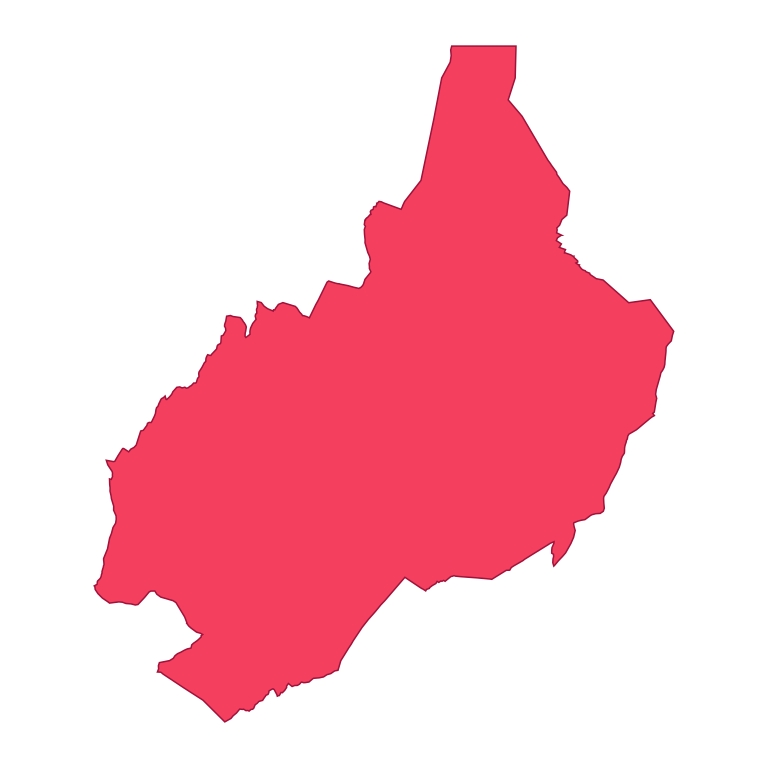 the district of Atlatlahucan, Morelos, Mexico
{"feature_id": "50627088B89977310862444", "entity_name": "Atlatlahucan", "entity_type": "district", "adm_level": 2, "iso_a3": "MEX", "parent_name": "Mexico", "parent_adm1": "Morelos", "projection": "natural_earth1", "projection_center": [-98.903, 18.941], "detail": "fine", "context": "isolated", "style": "filled", "palette": "rose", "viewbox_px": 768, "rotation_deg": 0, "n_neighbors": 0, "source": "geoboundaries", "source_scale": "gbopen_adm2", "svg_char_len": 6103}
<svg xmlns="http://www.w3.org/2000/svg" viewBox="0 0 768 768"><path d="M650.3,299.7L628.7,302.7L603.1,280.0L596.3,278.7L590.1,274.5L589.7,273.2L586.1,271.8L585.2,270.7L583.3,270.1L581.5,268.9L579.1,265.8L579.5,264.9L577.9,264.5L575.9,263.0L577.8,262.0L577.6,260.8L574.1,257.6L573.9,256.1L573.1,256.4L570.9,254.9L565.3,252.9L564.5,252.9L564.7,251.3L565.5,249.6L559.3,247.4L561.4,243.9L556.3,240.6L557.5,237.8L561.1,235.4L561.8,235.3L556.6,232.8L557.2,230.0L556.8,228.0L559.6,225.2L561.9,219.5L566.8,215.2L569.7,191.2L566.9,187.4L563.0,183.7L559.0,177.3L556.8,174.3L556.8,173.5L556.5,172.2L551.1,164.8L550.7,164.0L547.9,160.2L522.1,116.3L508.2,99.9L515.2,77.9L516.0,46.1L451.7,46.1L450.7,50.0L451.2,55.6L450.2,62.2L441.7,77.9L433.8,119.2L421.0,180.4L404.6,201.5L402.8,205.4L402.3,206.8L401.1,209.3L383.6,202.9L381.4,201.8L379.0,201.4L377.8,202.8L376.7,203.2L376.9,204.2L376.2,205.4L375.9,206.7L374.5,206.5L373.6,206.9L373.1,209.4L371.0,210.3L370.3,211.8L370.6,212.1L370.5,212.8L371.0,214.3L370.7,214.6L370.2,214.5L367.4,217.6L366.7,217.9L365.7,219.0L365.4,220.1L364.9,220.1L364.3,224.7L365.4,226.3L364.3,229.5L364.5,234.2L365.1,239.8L365.0,242.8L367.8,252.5L369.4,256.0L370.3,259.3L369.1,263.5L369.4,266.6L369.4,268.6L370.9,271.7L370.5,272.5L365.0,279.3L363.4,284.2L362.5,285.7L360.7,287.5L358.8,288.4L353.6,287.2L347.9,285.6L340.2,284.1L339.4,283.8L337.3,283.6L334.5,282.9L328.7,281.0L327.1,282.1L318.2,300.3L315.8,304.6L309.4,317.8L306.7,316.6L303.8,315.7L302.5,315.6L301.7,314.3L299.6,312.1L297.1,308.2L295.3,306.4L282.9,302.6L278.4,304.4L275.4,308.6L274.8,309.9L273.5,309.8L273.2,311.1L267.6,308.7L264.1,306.2L261.3,302.6L257.2,301.4L257.3,304.1L257.6,305.0L257.2,307.9L256.6,309.0L256.5,310.2L256.8,311.8L256.7,313.4L255.6,314.2L255.2,316.1L255.7,318.1L256.1,319.3L252.7,323.5L250.6,328.0L250.1,330.2L249.9,331.6L250.0,334.3L245.9,337.5L245.1,336.5L245.1,334.2L245.3,332.6L245.6,331.6L246.3,327.0L245.6,325.0L244.1,322.6L243.3,321.7L242.3,319.9L240.5,317.8L239.9,317.5L233.0,316.5L230.4,315.5L226.6,316.2L225.8,321.0L224.7,324.3L224.5,326.2L225.5,328.0L225.8,330.7L223.2,335.2L221.3,336.0L220.9,342.3L220.4,343.6L218.1,344.7L217.2,345.9L216.6,349.0L211.6,354.3L210.9,355.4L209.5,355.3L207.7,354.7L206.7,356.4L206.0,358.3L205.7,361.6L204.5,362.5L201.9,367.5L199.0,372.0L198.7,373.8L199.0,376.3L198.8,377.0L197.6,378.3L196.3,382.6L195.4,383.1L193.7,383.0L191.3,385.6L189.9,386.3L188.1,387.8L186.3,388.2L184.9,387.2L182.1,387.9L179.8,386.9L176.8,387.3L172.9,391.7L171.7,394.3L169.5,396.9L166.8,399.5L166.1,399.4L165.1,396.0L163.4,397.7L162.2,398.2L161.1,399.1L160.3,400.7L159.9,401.7L159.0,403.4L157.9,406.4L156.6,407.6L156.0,409.6L155.4,413.6L154.3,416.4L151.8,421.5L151.1,422.5L149.1,422.4L147.5,423.3L146.9,425.4L143.3,430.3L140.7,431.0L136.2,445.1L134.0,447.4L130.7,449.2L128.7,451.8L124.5,449.0L123.5,448.5L122.8,448.5L122.3,449.0L117.9,455.9L114.8,461.3L113.5,461.6L106.3,460.3L107.8,464.9L112.2,471.6L112.5,473.2L112.4,475.1L112.5,476.6L111.3,479.4L109.5,478.9L109.7,484.6L110.1,487.9L110.0,491.1L111.1,496.0L111.4,498.6L113.7,506.2L113.6,510.2L116.1,515.9L116.2,519.4L115.6,523.2L113.0,527.5L111.4,533.6L109.6,538.1L107.5,548.9L103.6,558.5L103.6,560.1L103.8,561.4L104.0,564.6L103.5,565.8L103.3,567.2L102.6,569.3L102.0,571.5L102.0,573.2L101.4,574.7L101.2,576.3L100.2,578.4L97.7,580.9L97.4,581.4L97.1,584.1L96.9,584.5L95.4,585.2L94.3,585.9L94.8,586.2L95.2,589.5L98.0,593.7L102.4,598.1L108.0,601.9L109.5,603.1L118.9,601.9L122.4,602.2L125.9,603.5L131.0,603.9L135.3,605.0L138.0,604.5L144.8,597.2L149.1,592.0L150.8,591.1L154.8,591.0L156.9,594.3L160.8,597.1L173.1,600.7L176.0,602.6L184.7,617.0L187.0,623.1L186.7,623.3L188.7,626.0L191.4,628.4L196.2,631.9L197.0,632.3L200.6,633.3L202.7,634.5L201.1,635.7L201.2,636.9L197.5,640.4L193.4,643.3L191.7,644.9L191.1,647.7L190.9,648.1L187.3,648.9L184.2,650.3L181.0,652.1L177.5,653.7L175.0,655.7L173.3,658.3L169.6,660.6L159.4,662.6L158.4,665.7L158.6,668.9L157.4,672.0L160.9,672.2L163.1,674.1L183.9,687.9L203.0,700.2L224.8,721.9L231.0,718.4L233.2,715.7L236.4,713.1L239.7,709.1L242.5,709.4L243.7,709.2L245.8,710.6L247.9,710.5L249.1,711.1L250.9,709.5L252.7,709.2L253.7,708.3L255.2,704.7L257.0,703.5L259.0,701.4L262.6,700.4L264.5,697.4L265.3,696.5L265.9,695.3L268.0,694.4L268.8,692.7L268.9,691.2L269.3,690.8L271.1,689.7L272.9,688.8L274.2,689.6L276.8,694.5L277.3,696.2L277.6,696.1L277.9,695.6L279.0,695.7L279.6,695.1L281.0,692.5L282.4,692.7L284.7,690.4L286.6,687.5L286.6,686.0L288.4,683.5L292.1,686.5L294.6,685.5L297.4,685.4L299.5,684.2L301.1,682.3L301.6,682.1L303.7,682.7L305.4,682.6L309.0,682.0L312.0,679.4L313.5,678.3L319.4,677.8L323.6,676.9L326.9,674.7L330.8,673.6L334.7,670.9L338.0,670.3L340.8,660.7L348.8,647.8L351.1,644.4L353.3,640.6L362.1,627.4L368.3,619.5L375.5,611.4L380.8,604.9L384.7,600.8L404.9,577.3L421.8,588.6L422.5,588.8L425.7,590.9L426.5,589.4L429.4,588.4L429.4,587.8L432.4,585.5L435.9,583.5L437.1,581.4L438.8,582.4L440.9,581.0L441.9,581.3L443.7,580.4L445.1,581.3L450.8,576.6L452.9,576.1L453.7,575.7L454.1,575.6L455.2,576.1L459.9,576.6L476.5,577.8L489.8,579.0L491.8,579.3L506.3,570.3L509.7,570.2L511.3,567.5L513.9,565.8L523.1,560.5L524.4,559.4L532.1,554.6L543.6,547.5L550.3,543.3L554.0,541.7L553.9,543.3L552.0,547.6L551.7,550.5L551.7,553.2L553.5,554.3L553.6,556.7L553.0,558.9L552.8,562.7L553.8,566.1L554.8,565.1L558.4,560.8L563.2,555.7L565.6,552.9L570.9,543.5L573.6,537.3L575.2,530.5L574.1,526.6L573.6,523.9L573.8,522.8L578.0,521.1L581.1,520.3L585.0,519.6L590.6,515.4L592.0,514.7L595.7,513.7L600.2,513.4L603.3,511.3L604.3,508.2L603.8,503.0L603.6,498.5L603.9,496.4L606.2,493.1L609.1,487.5L610.5,484.1L615.0,475.8L616.4,473.4L619.2,467.4L620.6,462.7L621.2,459.2L622.3,456.3L624.1,453.6L624.4,452.9L624.5,451.7L624.6,448.0L625.0,445.7L626.2,442.0L626.5,440.3L627.3,439.0L627.8,436.0L629.0,434.1L636.4,429.8L649.8,418.6L652.2,416.8L654.4,415.6L652.7,413.4L654.3,412.1L655.9,402.1L656.7,398.4L655.6,394.3L656.3,389.5L660.2,375.9L660.9,372.7L662.5,370.5L664.1,367.4L664.8,364.4L665.0,361.0L665.7,354.3L666.0,351.0L666.0,348.8L666.3,346.7L668.4,343.9L671.3,340.9L672.4,335.4L673.7,331.3L650.3,299.7Z" fill="#f43f5e" stroke="#9f1239" stroke-width="1.5"/></svg>